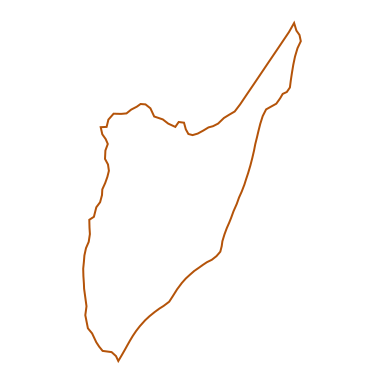 the district of Marataízes, Espírito Santo, Brazil
{"feature_id": "56859067B39153439684359", "entity_name": "Marataízes", "entity_type": "district", "adm_level": 2, "iso_a3": "BRA", "parent_name": "Brazil", "parent_adm1": "Espírito Santo", "projection": "robinson", "projection_center": [-40.886, -21.093], "detail": "fine", "context": "isolated", "style": "outline", "palette": "amber", "viewbox_px": 384, "rotation_deg": 0, "n_neighbors": 0, "source": "geoboundaries", "source_scale": "gbopen_adm2", "svg_char_len": 1684}
<svg xmlns="http://www.w3.org/2000/svg" viewBox="0 0 384 384"><path d="M89.3,219.8L89.5,227.6L89.9,234.1L88.7,241.9L86.0,248.1L84.4,255.5L83.9,261.7L83.2,268.7L83.4,276.1L83.9,283.7L84.1,288.7L86.5,306.3L85.3,315.2L87.9,328.3L92.1,333.4L96.3,342.3L99.2,346.7L102.6,350.9L111.6,352.1L116.0,356.1L118.3,361.0L121.8,355.1L124.9,349.7L127.5,345.0L130.1,340.4L132.8,335.9L136.1,331.0L139.9,326.1L145.2,320.2L149.5,316.2L154.7,312.0L159.5,308.5L163.5,306.0L169.2,301.7L172.9,296.0L177.1,289.3L181.8,283.0L185.8,278.5L190.3,274.4L194.3,270.9L198.5,268.0L202.7,265.0L206.9,262.2L211.8,259.8L216.5,256.1L220.3,251.7L221.7,246.2L222.4,241.2L224.5,234.3L226.8,228.1L229.1,222.9L231.0,218.2L233.5,211.3L236.8,203.8L239.0,197.6L241.7,191.6L244.4,184.6L246.2,178.9L248.1,173.2L250.4,165.4L252.3,158.0L254.0,150.7L255.3,144.0L257.0,137.2L258.5,130.8L260.3,123.7L262.7,116.1L266.1,109.4L270.9,106.7L276.3,103.7L280.2,98.2L282.7,93.9L286.8,92.0L289.9,87.5L290.8,80.4L292.0,72.5L293.3,64.7L295.0,56.6L297.5,48.2L300.8,41.2L299.5,35.0L296.4,30.6L294.1,23.0L289.0,32.0L278.5,47.6L272.4,56.6L268.0,63.1L255.4,81.8L246.5,94.9L240.1,104.4L234.7,111.5L229.4,114.6L223.9,118.0L218.1,123.6L213.0,126.2L208.5,127.4L203.4,130.5L197.7,133.6L192.6,135.1L188.4,134.0L185.8,129.3L184.0,122.7L178.7,122.0L175.3,126.9L168.2,123.6L162.8,119.4L154.2,116.5L150.4,108.3L145.5,104.4L140.6,104.0L136.8,106.7L131.2,109.6L126.5,113.4L121.1,113.9L113.6,113.7L108.4,119.6L106.6,126.9L100.7,127.2L102.3,134.3L105.7,139.1L107.8,144.0L105.4,150.5L105.0,158.9L108.0,164.5L108.9,170.8L107.4,176.8L105.2,183.0L102.3,189.4L102.0,195.1L100.1,202.2L96.3,207.3L93.9,216.8L89.3,219.8Z" fill="none" stroke="#b45309" stroke-width="2"/></svg>